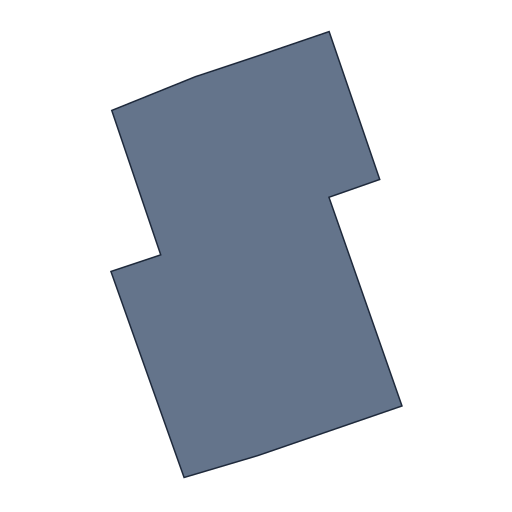 outline of Kanabec, Minnesota, United States of America, rotated 341°
{"feature_id": "52423323B26487213878868", "entity_name": "Kanabec", "entity_type": "district", "adm_level": 2, "iso_a3": "USA", "parent_name": "United States of America", "parent_adm1": "Minnesota", "projection": "orthographic", "projection_center": [-93.298, 45.945], "detail": "fine", "context": "isolated", "style": "filled", "palette": "slate", "viewbox_px": 512, "rotation_deg": 341, "n_neighbors": 0, "source": "geoboundaries", "source_scale": "gbopen_adm2", "svg_char_len": 310}
<svg xmlns="http://www.w3.org/2000/svg" viewBox="0 0 512 512"><g transform="rotate(341 256 256)"><path d="M167.0,71.4L166.3,223.9L113.8,223.4L115.9,442.0L192.8,445.3L345.2,445.3L344.1,224.2L397.9,223.9L398.2,67.6L321.7,67.4L257.1,66.7L167.0,71.4Z" fill="#64748b" stroke="#1e293b" stroke-width="1.5"/></g></svg>